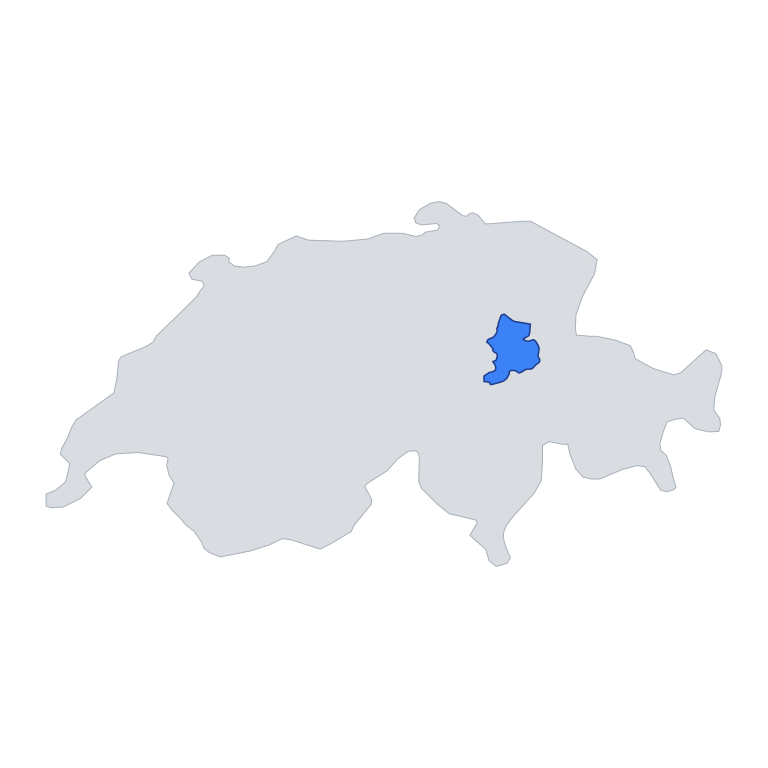 Switzerland, with Glarus highlighted
{"feature_id": "CHE-169", "entity_name": "Glarus", "entity_type": "Canton", "adm_level": 1, "iso_a3": "CHE", "parent_name": "Switzerland", "parent_adm1": "", "projection": "robinson", "projection_center": [9.033, 46.988], "detail": "fine", "context": "in_parent", "style": "filled", "palette": "blue", "viewbox_px": 768, "rotation_deg": 0, "n_neighbors": 0, "source": "natural_earth", "source_scale": "10m", "svg_char_len": 3702}
<svg xmlns="http://www.w3.org/2000/svg" viewBox="0 0 768 768"><path d="M581.8,248.8L586.4,251.2L597.1,259.5L594.6,273.6L582.5,296.3L576.0,314.7L575.3,328.8L576.6,335.4L578.8,335.3L590.5,336.3L596.4,336.3L615.2,340.1L630.3,345.7L633.2,351.5L635.2,358.7L653.2,368.5L673.7,374.9L680.7,372.8L706.0,349.9L715.9,353.7L721.9,365.9L721.7,372.4L714.8,396.7L713.7,409.8L719.8,418.5L720.5,425.2L718.8,431.4L708.6,431.9L694.9,428.6L683.3,418.1L674.6,419.3L667.0,422.0L663.2,432.0L659.8,443.9L660.9,450.5L666.4,455.6L670.6,466.5L673.8,480.5L676.1,487.0L673.6,489.8L666.4,491.8L660.4,489.9L649.9,473.1L645.0,466.7L636.7,465.6L622.1,469.6L599.8,479.0L590.8,479.0L583.1,477.1L575.9,469.1L569.8,453.7L567.8,444.1L563.5,444.4L549.2,441.6L542.5,445.4L542.5,461.1L541.2,480.7L534.0,493.4L514.1,515.3L506.7,524.8L503.8,531.7L503.2,537.7L506.2,548.0L510.4,557.8L506.9,563.4L496.3,566.4L488.9,560.4L486.0,549.7L469.8,535.2L477.2,523.1L475.9,520.0L449.2,513.7L437.7,504.5L421.6,488.4L418.6,481.5L419.4,459.0L418.5,453.5L416.3,450.9L408.5,451.1L397.6,458.9L387.5,470.5L366.9,483.7L364.8,486.5L371.6,499.3L371.3,504.3L354.4,524.8L351.2,531.5L329.8,544.3L320.1,549.1L290.6,539.7L282.5,538.6L269.3,544.9L250.5,550.9L220.4,556.9L209.3,552.5L204.1,548.4L201.6,542.2L194.1,531.3L185.7,524.8L179.8,517.7L172.0,510.0L167.0,503.5L174.0,482.9L169.2,475.6L166.7,465.3L168.1,458.3L165.5,456.6L138.4,452.5L115.9,453.8L99.6,460.7L86.3,472.1L84.7,474.6L85.5,476.7L91.9,487.2L80.6,498.3L63.5,506.9L51.4,507.8L46.1,506.1L46.1,494.2L56.1,489.9L65.3,482.1L68.4,471.2L69.7,463.5L60.3,454.2L61.6,448.5L67.6,437.8L71.2,428.2L76.0,420.0L94.9,406.5L113.9,392.9L116.9,378.5L118.6,360.9L121.3,356.7L146.7,346.2L153.1,342.1L156.3,336.1L176.5,316.5L196.4,297.0L200.4,290.4L203.8,286.6L203.8,283.4L201.4,281.0L192.0,279.3L188.9,273.1L199.2,262.1L212.0,255.3L224.4,255.2L229.3,258.3L229.0,262.0L234.3,265.9L243.7,267.2L255.3,265.9L266.8,261.7L274.0,251.9L278.2,244.4L296.3,235.9L308.6,240.2L342.9,241.3L367.8,239.0L383.5,233.3L402.8,233.3L415.8,236.5L418.1,236.0L421.7,235.3L425.3,232.2L437.5,230.1L439.2,227.5L438.7,224.8L436.5,223.5L421.4,224.9L415.7,222.8L414.2,218.1L419.1,209.9L430.2,203.3L439.5,201.6L446.3,203.4L462.8,215.8L466.7,216.2L469.0,214.0L472.5,212.7L478.1,215.1L484.5,222.8L485.6,224.0L522.5,221.3L530.7,221.3L555.7,234.8L581.8,248.8Z" fill="#d9dde1" stroke="#a8b0b8" stroke-width="1"/><path d="M492.9,361.6L496.1,360.2L496.8,358.0L497.4,355.5L497.1,354.3L496.6,353.4L494.2,352.1L493.4,351.4L492.8,350.4L492.7,349.8L493.2,349.2L493.1,348.9L488.9,343.7L486.8,342.1L487.6,340.0L489.3,338.9L493.0,337.4L494.3,336.1L495.5,334.6L497.0,332.0L497.1,330.6L496.8,328.2L497.5,327.2L497.8,326.4L498.3,324.3L498.3,323.3L501.1,315.4L503.5,314.3L504.4,314.3L512.3,320.4L514.6,321.5L530.4,324.1L529.6,333.0L528.8,335.7L523.6,338.8L523.2,339.2L523.3,339.6L526.1,340.9L527.1,341.2L529.9,340.9L531.5,340.2L532.7,339.9L533.7,339.8L535.0,340.6L536.2,342.0L538.2,345.5L538.8,347.2L539.1,348.5L538.4,353.9L538.2,354.3L537.9,354.9L538.0,355.6L538.5,357.3L539.7,359.5L539.8,360.2L539.5,362.0L535.4,365.2L532.8,368.2L532.0,368.6L530.8,369.1L527.9,369.1L525.8,369.5L520.6,372.5L519.1,372.9L517.9,372.5L517.2,371.7L516.1,371.0L514.7,370.6L512.2,370.4L510.7,370.7L509.7,371.1L509.4,371.5L509.3,372.2L509.3,373.7L509.1,374.3L508.7,374.9L508.3,375.6L507.8,376.6L507.1,377.9L506.0,379.1L503.8,380.9L500.4,382.2L492.1,384.4L490.7,384.5L490.1,384.1L489.8,382.9L489.5,382.4L488.8,382.3L487.2,381.8L484.1,381.6L484.0,378.0L483.8,377.1L484.1,375.9L488.0,373.4L488.7,372.8L489.1,372.5L489.5,372.4L490.0,372.4L490.7,372.3L493.9,371.2L495.0,370.4L495.6,369.4L495.7,367.6L495.6,366.5L495.2,365.3L494.9,364.8L492.9,361.6Z" fill="#3b82f6" stroke="#1e3a8a" stroke-width="1.5"/></svg>